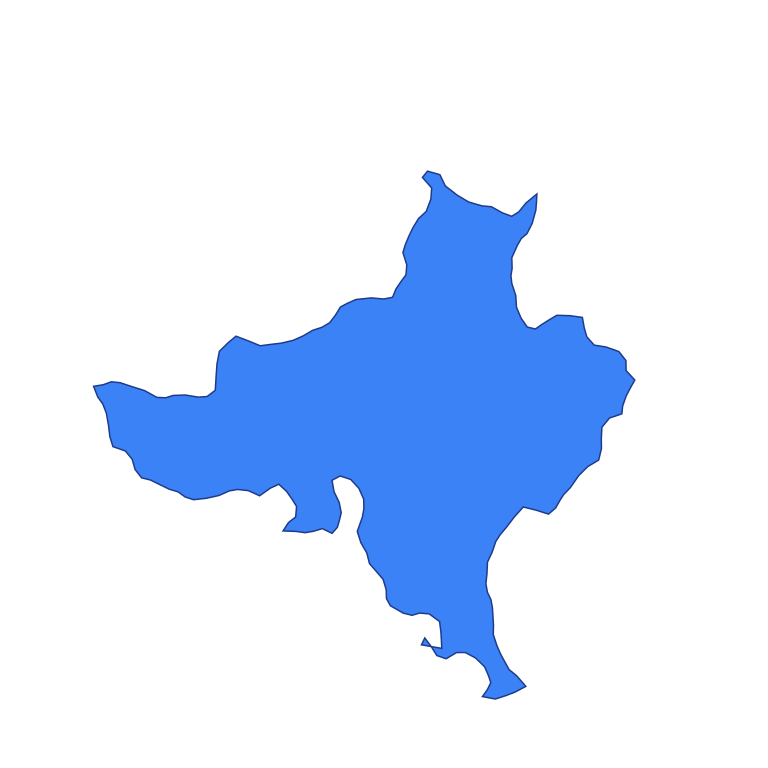 Cordislândia, Minas Gerais, Brazil (Robinson projection), rotated 296°
{"feature_id": "56859067B95585919625672", "entity_name": "Cordislândia", "entity_type": "district", "adm_level": 2, "iso_a3": "BRA", "parent_name": "Brazil", "parent_adm1": "Minas Gerais", "projection": "robinson", "projection_center": [-45.671, -21.77], "detail": "fine", "context": "isolated", "style": "filled", "palette": "blue", "viewbox_px": 768, "rotation_deg": 296, "n_neighbors": 0, "source": "geoboundaries", "source_scale": "gbopen_adm2", "svg_char_len": 2668}
<svg xmlns="http://www.w3.org/2000/svg" viewBox="0 0 768 768"><g transform="rotate(296 384 384)"><path d="M168.7,541.6L163.1,550.5L164.3,560.3L174.4,566.9L178.3,574.8L177.9,586.3L174.0,598.3L167.9,605.5L162.4,610.9L154.7,610.9L146.2,609.5L149.7,622.2L157.4,630.2L164.5,636.8L174.4,644.0L179.8,631.4L182.1,621.7L187.5,614.0L192.2,607.4L198.4,600.1L206.8,592.0L215.1,588.2L223.1,583.7L230.5,579.5L237.1,574.6L242.1,568.3L249.2,563.1L258.4,559.8L269.2,555.1L280.4,554.9L291.6,553.5L299.7,554.5L308.6,556.8L321.6,559.4L334.5,563.1L337.2,575.6L339.2,588.9L347.8,592.6L355.9,593.1L363.2,593.9L372.5,596.9L387.2,599.2L399.2,603.4L409.8,610.3L421.4,607.7L430.3,603.2L440.7,598.8L452.3,601.6L461.5,610.9L468.6,608.2L479.4,606.9L489.4,607.2L497.5,607.7L502.2,595.7L511.1,591.2L516.1,580.9L514.6,567.4L511.1,555.9L515.3,545.6L522.2,539.4L530.8,533.1L526.9,521.1L521.5,509.2L514.1,504.3L506.1,499.4L499.8,496.0L498.0,487.8L503.3,478.3L511.1,469.4L521.2,463.7L530.4,454.8L537.0,450.6L544.0,448.5L553.6,443.5L567.2,443.1L574.9,443.6L581.8,446.6L593.1,446.8L606.7,444.3L614.1,441.4L621.8,438.1L609.0,432.3L597.8,429.7L590.7,425.2L589.7,415.2L590.4,402.8L587.0,393.8L584.7,380.3L585.8,367.1L588.9,352.3L596.6,342.5L594.4,329.8L586.5,328.0L581.1,340.9L570.7,345.1L557.6,346.3L547.8,342.5L537.4,341.5L529.2,341.5L519.3,342.0L510.4,343.4L501.0,352.3L491.7,355.9L484.4,354.5L474.8,353.1L465.7,353.7L460.3,346.5L455.8,334.8L447.6,321.7L440.2,315.5L434.1,311.1L424.7,310.2L415.2,308.3L407.8,303.4L400.9,296.3L391.5,290.0L383.4,283.2L375.7,273.8L369.4,264.0L364.1,256.0L363.3,243.5L362.1,230.0L353.2,226.0L341.2,221.7L328.8,225.1L317.9,229.5L304.4,235.1L295.2,230.5L290.8,222.9L287.0,210.3L281.3,199.5L275.9,193.8L272.4,185.7L273.1,171.8L271.0,157.5L269.5,146.3L266.5,138.0L260.3,132.0L254.6,124.0L246.8,132.5L242.8,140.0L235.9,147.4L225.5,154.9L216.6,160.6L208.9,167.8L210.4,180.9L206.0,190.6L198.0,197.8L193.4,207.2L195.3,216.1L195.3,227.4L195.3,237.2L196.8,246.1L195.3,254.8L196.5,263.5L203.3,274.3L211.5,284.6L220.1,291.8L225.0,298.6L228.7,308.8L229.0,321.2L240.6,327.5L247.8,333.4L244.8,343.4L240.3,351.7L235.6,359.1L225.8,362.9L217.7,358.9L207.7,357.7L213.0,369.7L215.7,378.1L220.5,384.9L227.0,392.0L227.0,402.8L234.7,404.9L241.8,403.7L249.5,402.0L257.9,395.7L265.3,386.3L274.7,379.5L282.1,384.9L283.6,396.0L279.2,407.2L271.5,416.3L263.1,420.6L254.9,422.9L239.8,424.6L231.2,432.8L224.6,442.6L216.2,449.7L212.2,459.2L208.0,468.9L200.0,476.2L192.2,480.3L187.5,486.9L186.5,501.7L188.4,510.6L193.7,516.4L197.2,525.4L194.9,538.0L186.8,543.4L179.8,547.4L171.7,551.8L168.7,541.6ZM168.7,541.6L173.6,532.0L166.0,532.0L168.7,541.6Z" fill="#3b82f6" stroke="#1e3a8a" stroke-width="1.5"/></g></svg>